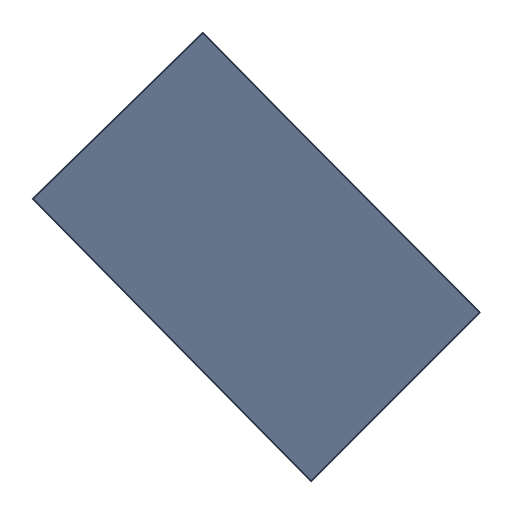 Hucal, La Pampa, Argentina, rotated 45°
{"feature_id": "61730980B74223418294329", "entity_name": "Hucal", "entity_type": "district", "adm_level": 2, "iso_a3": "ARG", "parent_name": "Argentina", "parent_adm1": "La Pampa", "projection": "mercator", "projection_center": [-63.771, -37.979], "detail": "fine", "context": "isolated", "style": "filled", "palette": "slate", "viewbox_px": 512, "rotation_deg": 45, "n_neighbors": 0, "source": "geoboundaries", "source_scale": "gbopen_adm2", "svg_char_len": 476}
<svg xmlns="http://www.w3.org/2000/svg" viewBox="0 0 512 512"><g transform="rotate(45 256 256)"><path d="M454.2,181.4L454.2,163.5L454.2,142.0L454.2,137.7L453.6,137.6L417.9,137.5L394.6,137.5L363.4,137.3L337.5,137.3L257.4,137.0L190.8,136.8L178.3,136.7L63.4,135.7L60.5,135.7L59.1,258.0L58.6,299.8L57.7,373.5L63.1,373.5L297.6,375.2L394.0,375.9L453.7,376.3L454.3,376.3L454.2,309.0L454.2,279.7L454.2,244.9L454.2,181.4Z" fill="#64748b" stroke="#1e293b" stroke-width="1.5"/></g></svg>